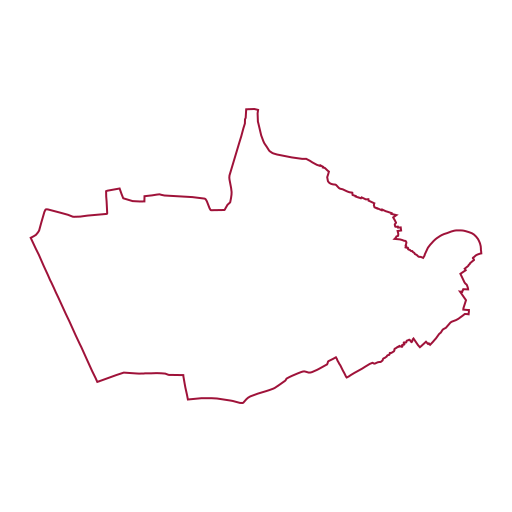 Bang Yai, Nonthaburi, Thailand (orthographic projection)
{"feature_id": "78962969B13602434515216", "entity_name": "Bang Yai", "entity_type": "district", "adm_level": 2, "iso_a3": "THA", "parent_name": "Thailand", "parent_adm1": "Nonthaburi", "projection": "orthographic", "projection_center": [100.414, 13.864], "detail": "fine", "context": "isolated", "style": "outline", "palette": "rose", "viewbox_px": 512, "rotation_deg": 0, "n_neighbors": 0, "source": "geoboundaries", "source_scale": "gbopen_adm2", "svg_char_len": 6033}
<svg xmlns="http://www.w3.org/2000/svg" viewBox="0 0 512 512"><path d="M164.5,195.5L161.6,194.9L159.8,194.4L159.5,194.3L156.8,194.6L151.9,195.4L149.9,195.6L144.5,196.2L144.4,201.4L140.3,201.5L132.6,201.1L123.3,198.3L123.2,198.2L121.5,193.9L119.6,188.5L107.4,190.7L106.1,191.2L106.2,196.5L106.6,201.4L107.2,213.2L106.8,213.9L87.5,215.6L80.2,216.6L74.1,216.8L72.8,216.7L68.0,214.8L60.0,212.6L47.8,209.4L46.1,209.3L45.4,209.8L44.4,211.9L41.4,222.2L39.1,230.6L37.9,232.5L35.9,234.9L33.6,236.3L30.7,237.8L35.9,248.9L38.9,254.9L43.6,265.7L47.9,275.0L50.1,280.1L51.2,282.2L54.0,288.2L55.8,292.3L58.3,297.5L65.8,313.9L69.4,321.4L75.7,335.4L79.9,344.3L81.3,347.1L87.2,360.2L92.1,371.0L95.6,378.1L97.3,381.9L101.3,380.5L116.5,375.0L123.8,372.6L135.5,373.4L138.9,373.6L144.0,373.5L145.1,373.3L151.8,373.3L156.8,373.1L161.4,373.3L165.2,373.6L166.8,374.2L168.1,374.7L168.9,374.9L183.3,375.1L183.4,376.4L184.7,383.9L185.4,387.7L186.9,394.4L187.9,399.5L201.4,398.2L211.7,398.2L217.0,398.5L230.8,400.6L232.9,401.0L239.9,402.9L242.5,403.0L243.3,402.7L246.4,399.2L248.1,397.7L250.3,396.4L257.9,393.6L265.9,391.2L269.3,390.1L273.4,388.6L274.8,387.9L279.4,384.8L285.2,380.7L285.7,380.1L286.4,378.8L286.9,378.4L289.5,377.0L292.3,375.7L297.7,373.4L301.3,372.0L303.0,371.5L304.0,371.4L304.5,371.4L306.1,371.8L308.4,372.5L308.8,372.6L310.5,372.5L312.0,372.1L317.2,369.8L319.1,368.8L326.5,364.7L327.1,364.4L327.2,364.1L327.6,363.2L328.0,361.7L328.4,361.2L333.2,358.8L335.9,357.3L336.9,359.0L337.5,360.6L338.5,362.3L339.4,364.0L340.3,365.3L342.8,370.4L344.5,373.5L345.8,376.2L346.2,376.9L346.7,377.5L348.7,376.5L350.9,375.0L354.4,372.9L362.2,368.6L365.0,366.8L369.8,363.9L372.5,362.8L372.8,362.9L373.6,363.4L374.3,363.6L374.8,363.6L377.7,362.3L379.2,362.0L380.4,362.0L380.9,361.8L382.6,360.4L382.9,359.2L383.1,358.9L383.4,358.5L383.7,358.3L384.6,358.0L386.7,356.5L386.8,356.3L387.1,355.7L387.3,355.5L388.0,355.1L388.9,355.0L389.3,354.7L389.6,354.2L389.7,353.2L389.8,353.0L390.0,352.9L390.9,353.0L391.4,352.9L393.9,351.3L394.3,350.6L394.4,350.2L394.4,349.3L394.7,348.8L396.7,347.7L397.5,346.9L398.5,346.9L398.9,346.8L399.0,346.7L399.1,346.1L399.5,345.9L400.3,346.4L400.9,346.5L401.7,346.8L402.2,346.7L402.3,346.5L402.4,346.3L402.0,345.4L402.1,345.1L402.7,344.9L403.9,344.7L404.3,344.4L404.2,344.1L403.7,343.1L403.7,342.8L403.8,342.6L404.0,342.4L404.3,342.4L405.5,342.6L406.0,342.5L406.3,342.2L406.5,341.2L406.9,340.7L407.2,340.5L408.1,340.3L409.0,339.8L409.3,339.7L409.7,339.9L411.2,341.9L411.4,342.0L411.6,342.1L411.9,341.8L412.2,341.4L412.7,339.4L413.5,338.5L418.0,345.1L418.7,345.9L419.9,347.2L421.7,345.7L422.7,344.7L423.1,344.4L426.0,341.7L426.1,341.8L427.9,343.9L428.1,344.0L428.7,343.3L428.8,343.3L430.1,344.8L432.7,342.1L435.2,339.2L435.8,338.6L437.6,336.1L439.1,334.0L439.8,333.4L440.8,332.6L441.2,332.0L442.0,330.7L442.7,329.7L443.3,329.2L445.9,327.8L450.4,322.6L451.4,321.9L452.0,321.6L456.0,320.1L458.2,318.9L462.5,315.8L464.8,314.0L467.2,314.1L468.6,314.3L468.9,311.4L468.9,310.0L467.9,310.0L466.5,309.9L463.3,309.6L463.4,308.3L466.0,300.2L460.0,291.6L462.2,291.9L462.5,290.6L462.9,290.4L463.0,289.8L463.2,289.6L463.3,289.2L468.1,289.4L468.0,288.3L467.5,286.7L466.9,285.1L466.5,284.5L465.5,283.7L465.0,283.1L464.5,282.4L460.4,273.8L465.7,270.2L464.7,268.7L468.1,266.0L468.5,265.5L468.7,264.9L469.7,264.1L469.9,263.4L472.2,261.4L474.0,260.0L474.0,259.8L473.3,258.5L472.9,258.2L472.9,257.9L473.3,257.5L474.2,256.9L475.7,255.5L476.5,255.0L477.6,254.5L478.4,254.2L480.2,253.6L481.3,253.4L481.1,251.1L480.9,250.0L480.9,248.6L480.7,246.2L480.3,244.6L480.0,243.4L479.1,241.2L478.4,239.8L477.9,238.9L476.1,236.6L473.9,234.5L471.8,233.2L468.8,232.1L465.8,231.2L463.8,230.7L462.4,230.5L460.8,230.4L456.4,230.4L455.4,230.5L454.2,230.7L451.3,231.5L447.1,233.1L444.2,234.0L441.9,235.0L440.1,236.0L436.8,238.2L435.4,239.3L433.4,241.2L431.8,243.0L430.3,244.6L428.0,247.6L427.4,248.8L424.8,254.4L424.6,255.3L424.3,256.0L423.1,257.9L422.3,257.5L420.7,256.9L419.0,256.8L418.5,256.6L418.0,256.2L416.8,255.0L415.3,254.2L414.9,254.0L414.3,252.9L412.9,252.0L412.3,251.1L412.1,251.0L411.5,251.1L411.1,251.0L410.5,250.6L410.1,250.1L409.8,249.9L408.7,249.6L408.2,249.3L408.0,249.0L408.1,248.2L407.9,247.8L406.5,247.7L405.5,247.4L405.5,247.2L406.2,246.5L406.3,246.2L406.2,246.0L405.7,245.8L405.6,245.6L406.1,244.0L406.4,242.6L406.3,242.1L406.0,241.7L405.9,241.3L405.6,241.1L405.2,240.9L403.9,240.7L402.2,240.0L399.9,239.4L394.6,238.9L395.8,237.7L396.4,236.5L396.8,236.3L398.1,235.8L398.3,234.0L398.1,233.1L397.6,231.0L401.1,230.5L400.7,227.4L398.1,227.6L398.0,226.8L397.9,226.6L396.1,226.8L395.5,226.7L395.4,226.7L395.1,226.2L394.8,224.8L394.8,224.3L396.0,222.8L396.0,222.6L394.4,219.5L393.8,218.6L393.2,217.4L396.4,215.1L391.4,213.9L391.6,213.1L390.3,212.7L387.7,211.8L385.7,211.2L382.1,209.5L381.8,210.3L377.2,208.2L377.1,208.5L374.5,207.3L374.2,206.2L373.9,205.6L374.1,203.7L374.3,203.3L369.4,201.0L368.6,200.7L368.4,199.2L365.9,199.4L361.6,197.4L360.9,198.3L358.5,197.4L358.4,197.5L355.6,196.5L355.7,196.0L352.6,195.0L352.5,194.5L352.3,192.7L352.1,192.6L349.7,192.3L348.4,191.9L346.9,191.3L342.7,189.3L340.1,188.7L338.9,188.0L336.5,185.4L336.1,185.0L335.3,184.6L333.1,184.4L331.2,183.9L330.6,183.6L329.5,183.0L329.0,182.5L328.7,182.2L328.0,181.3L327.8,180.5L327.2,177.2L327.3,176.9L328.3,173.8L328.9,171.6L327.6,170.6L324.9,168.0L322.9,167.5L323.1,166.8L320.3,165.3L320.0,165.9L316.8,164.8L312.2,162.3L310.1,160.9L306.1,158.8L304.9,158.9L302.4,158.9L291.7,157.4L277.0,154.5L273.3,153.4L272.2,152.9L269.7,151.2L269.0,150.4L266.8,146.9L264.4,143.4L263.4,141.3L261.2,135.4L258.4,123.5L257.9,121.6L257.6,113.3L258.1,109.9L254.3,109.0L246.2,109.3L245.7,117.8L245.0,119.3L244.9,123.5L243.4,128.3L241.2,136.5L239.4,142.3L229.5,175.4L229.3,177.6L229.5,179.6L231.1,188.0L231.6,192.1L231.5,194.7L231.0,198.2L230.2,202.2L230.0,202.5L227.5,204.8L225.3,208.6L224.9,209.5L224.6,209.8L224.3,210.0L211.2,210.2L210.8,210.1L210.3,209.6L209.5,208.1L206.9,201.4L206.3,200.3L205.5,199.1L205.0,198.8L204.5,198.6L192.4,197.1L164.5,195.5Z" fill="none" stroke="#9f1239" stroke-width="2"/></svg>